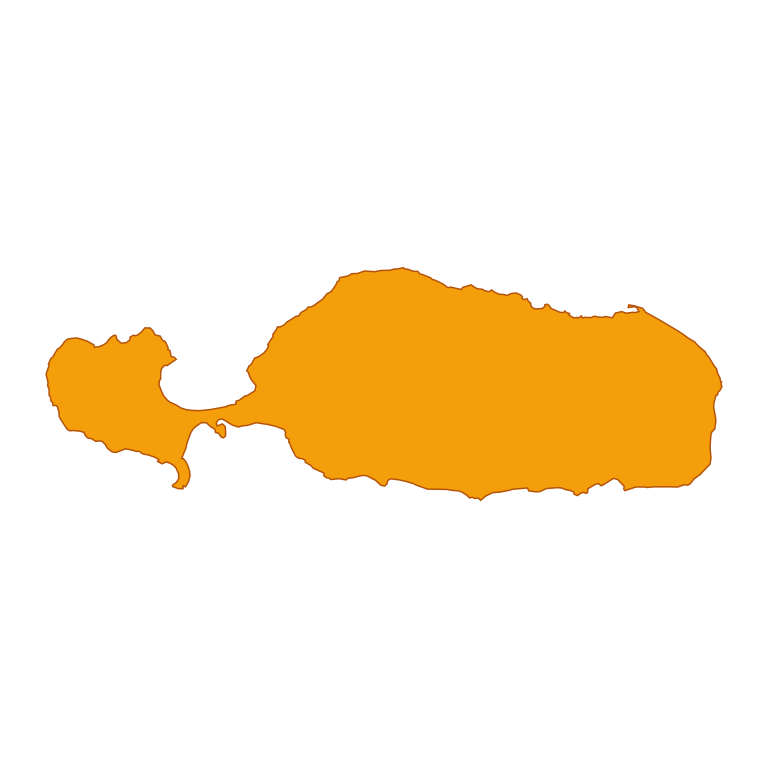 outline of Rotuma, Rotuma, Fiji
{"feature_id": "14151628B71764118664060", "entity_name": "Rotuma", "entity_type": "district", "adm_level": 2, "iso_a3": "FJI", "parent_name": "Fiji", "parent_adm1": "Rotuma", "projection": "mercator", "projection_center": [177.068, -12.502], "detail": "fine", "context": "isolated", "style": "filled", "palette": "amber", "viewbox_px": 768, "rotation_deg": 0, "n_neighbors": 0, "source": "geoboundaries", "source_scale": "gbopen_adm2", "svg_char_len": 4880}
<svg xmlns="http://www.w3.org/2000/svg" viewBox="0 0 768 768"><path d="M405.0,269.1L403.5,267.7L396.8,269.1L394.9,268.9L389.9,270.3L380.9,270.5L374.9,271.7L364.6,271.0L357.3,273.5L351.8,273.7L348.0,276.0L339.8,277.6L338.7,281.1L337.3,281.6L335.7,285.2L331.2,291.6L326.8,293.9L322.7,299.1L314.3,305.2L311.3,306.9L308.0,307.1L306.1,309.7L301.1,312.4L298.2,316.3L296.3,316.2L286.7,322.2L284.3,324.8L280.3,326.9L277.5,326.9L276.3,329.6L272.8,334.6L273.2,336.3L267.6,344.7L268.6,346.0L266.4,350.1L263.6,353.2L259.3,356.3L254.6,358.2L251.1,364.6L249.1,365.8L246.7,370.9L248.5,372.5L249.4,375.9L251.3,379.7L256.0,385.6L254.9,390.8L247.0,395.7L244.7,396.1L239.3,400.2L236.0,401.2L236.0,404.1L227.5,405.7L226.7,406.6L210.1,409.6L200.1,410.6L193.5,410.5L186.7,409.8L181.0,408.0L176.2,405.0L169.9,402.1L167.2,400.0L163.8,396.0L161.6,391.7L159.0,384.8L159.5,380.3L160.6,379.2L160.7,372.7L161.5,368.7L164.6,365.3L167.1,365.6L176.2,359.3L174.5,357.4L171.1,356.5L170.0,350.6L167.9,349.6L168.1,347.6L165.3,341.6L162.4,340.2L160.2,336.1L155.0,334.9L153.1,331.0L150.2,328.0L144.9,327.9L141.8,331.6L137.8,334.9L135.7,335.8L133.5,335.2L130.0,337.2L130.0,339.8L126.6,342.5L121.4,343.3L117.1,339.6L115.8,335.4L113.7,335.4L110.1,338.0L106.4,342.9L103.0,345.1L99.2,346.6L94.8,347.3L93.6,344.7L87.4,341.2L81.8,339.3L77.0,338.0L71.5,338.4L67.4,339.2L64.1,342.1L63.0,344.1L59.3,348.2L57.4,349.1L52.9,356.8L50.6,359.0L48.4,364.3L49.2,365.1L46.1,374.1L48.1,382.8L47.6,385.2L49.1,389.6L49.1,395.4L50.4,396.8L50.9,400.9L52.6,402.6L53.1,405.6L55.9,405.4L57.4,406.6L59.0,412.5L59.2,416.4L60.6,419.3L67.1,429.2L69.7,430.8L73.6,430.5L80.1,431.2L84.1,432.4L85.2,435.4L88.0,438.1L91.3,438.6L95.9,441.4L99.1,440.8L102.3,441.5L104.9,444.0L107.3,448.1L109.1,449.7L112.2,451.9L116.2,452.4L125.0,449.0L128.1,449.2L137.0,451.5L138.9,451.2L143.0,454.0L148.1,454.9L155.1,457.3L159.0,459.8L157.6,461.5L162.2,463.8L166.2,461.9L170.2,463.3L173.6,465.3L176.2,468.3L178.6,473.9L178.7,478.8L176.5,482.3L172.5,485.2L172.9,486.7L178.4,488.7L183.0,488.7L183.2,485.8L185.5,486.8L188.3,482.1L190.0,476.3L189.7,471.8L188.2,466.6L186.0,462.0L183.5,458.8L181.7,458.4L186.0,447.9L186.8,443.7L190.6,433.0L192.9,429.2L195.7,426.5L201.3,422.7L206.3,422.7L210.7,426.7L214.8,429.2L215.6,432.5L218.5,433.2L221.3,437.1L223.4,437.8L225.4,436.1L225.7,431.8L225.0,426.3L222.3,423.9L217.3,426.0L216.2,422.9L217.9,420.4L220.0,419.1L223.1,419.4L232.4,425.1L238.3,427.0L242.4,425.9L247.8,425.3L256.3,422.7L268.5,424.6L276.0,426.4L284.0,429.4L285.8,432.4L285.2,433.7L285.9,437.4L289.0,439.4L288.7,441.9L290.0,444.0L291.9,449.0L295.7,456.1L298.6,458.2L303.0,458.9L305.3,460.4L305.3,462.3L310.6,465.3L313.5,468.4L324.0,473.0L323.9,475.8L326.7,477.9L328.9,478.0L330.6,479.5L339.2,478.7L346.1,479.9L348.4,478.1L352.2,477.9L360.3,475.8L364.1,475.4L367.5,476.1L375.8,480.5L380.9,485.3L384.6,486.1L386.9,484.0L387.9,480.4L390.4,478.8L398.8,479.8L405.5,481.3L413.7,483.7L416.0,485.0L427.4,489.1L446.9,489.4L451.3,490.3L458.6,490.9L462.1,492.2L466.9,495.3L469.5,497.9L472.3,497.2L474.6,498.5L477.9,497.9L480.7,500.3L485.8,496.0L492.7,492.7L500.2,492.0L508.7,490.4L512.9,489.2L527.4,488.0L528.8,490.9L535.8,491.8L540.0,491.6L545.0,489.2L546.8,488.5L557.3,487.7L561.7,488.0L565.5,489.6L570.3,490.5L573.6,491.8L574.2,494.3L577.7,495.6L580.1,493.6L583.2,492.4L586.3,493.3L587.5,492.6L588.0,488.6L590.3,487.3L595.4,484.3L598.4,483.7L601.1,485.7L603.4,484.8L613.4,478.4L617.5,479.4L624.2,486.3L623.8,489.4L624.9,490.6L636.0,487.0L645.1,487.0L647.4,487.5L652.6,486.9L667.9,486.8L677.8,487.0L684.1,484.8L687.8,485.1L690.4,483.6L693.8,479.1L700.2,474.5L709.9,464.3L711.0,458.0L710.0,447.7L710.9,434.7L711.9,431.8L714.7,429.1L715.7,422.5L715.7,418.6L713.6,407.2L714.0,402.6L716.0,395.3L717.6,394.9L718.0,392.3L719.8,390.7L721.9,386.7L720.8,383.1L721.7,382.0L720.5,381.2L719.9,377.8L717.6,373.4L716.5,368.8L713.5,364.9L708.9,357.2L706.2,354.1L705.6,352.2L698.5,346.1L694.2,341.6L688.2,338.1L682.8,334.1L677.1,330.4L657.5,318.8L645.8,312.4L642.7,308.4L634.4,305.8L628.8,304.9L628.2,307.5L635.2,306.7L636.8,307.7L639.0,311.5L635.7,312.5L632.9,312.3L626.3,313.2L621.6,311.6L615.4,313.1L612.4,317.7L604.9,316.5L603.3,317.3L599.4,317.2L594.3,316.2L591.0,317.6L584.6,317.3L582.7,318.1L581.3,315.9L578.4,318.1L576.7,317.3L574.1,318.0L569.1,315.2L569.5,313.4L566.9,312.9L564.9,311.0L564.0,312.4L560.2,312.4L551.2,308.5L549.2,305.5L547.3,304.2L544.9,304.7L544.9,306.3L542.5,308.4L536.0,309.0L532.8,308.0L530.9,305.8L530.6,302.9L528.4,301.4L527.1,298.7L523.8,299.7L521.9,298.2L522.4,296.7L520.9,295.1L516.3,293.0L511.4,293.5L507.1,295.4L503.0,294.4L499.4,294.3L494.5,292.1L491.7,290.0L488.7,291.7L483.9,290.4L482.6,289.3L478.3,288.9L475.0,287.6L471.3,284.9L462.8,287.3L461.4,289.5L450.4,287.1L447.9,287.7L443.3,284.2L435.0,280.1L432.7,279.7L430.5,277.8L421.9,274.3L419.9,274.0L417.7,271.3L413.9,271.4L407.7,269.2L405.0,269.1Z" fill="#f59e0b" stroke="#b45309" stroke-width="1.5"/></svg>